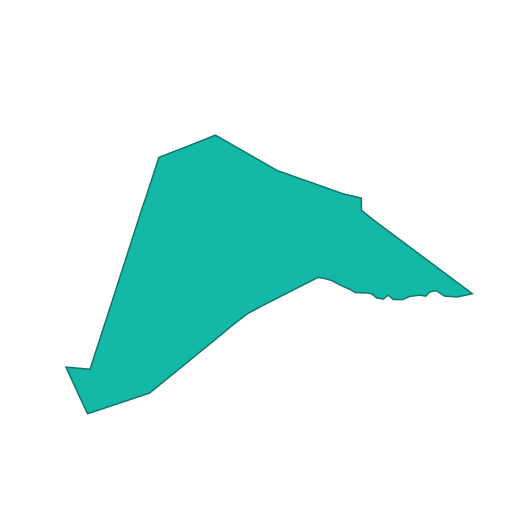 the district of Cachoeirinha, Pernambuco, Brazil, rotated 260°
{"feature_id": "56859067B81048924714612", "entity_name": "Cachoeirinha", "entity_type": "district", "adm_level": 2, "iso_a3": "BRA", "parent_name": "Brazil", "parent_adm1": "Pernambuco", "projection": "orthographic", "projection_center": [-36.305, -8.498], "detail": "fine", "context": "isolated", "style": "filled", "palette": "teal", "viewbox_px": 512, "rotation_deg": 260, "n_neighbors": 0, "source": "geoboundaries", "source_scale": "gbopen_adm2", "svg_char_len": 743}
<svg xmlns="http://www.w3.org/2000/svg" viewBox="0 0 512 512"><g transform="rotate(260 256 256)"><path d="M382.1,236.9L376.3,209.5L370.0,177.5L332.6,157.6L326.6,154.2L315.4,148.2L291.9,135.8L233.3,104.8L173.3,72.9L179.6,49.5L142.8,59.2L129.9,62.8L139.5,127.3L149.5,145.3L185.4,209.5L190.6,218.4L195.1,226.9L200.8,237.9L203.0,244.7L205.8,253.1L224.2,313.4L221.9,319.8L218.4,326.7L212.6,334.0L206.3,343.4L202.8,347.2L201.7,352.5L200.5,358.3L198.8,363.1L193.7,367.7L191.5,374.1L194.5,379.4L189.3,383.6L187.6,392.8L189.5,400.2L189.0,410.2L187.0,416.4L190.4,420.7L190.6,427.5L183.8,434.7L180.7,447.1L181.3,462.5L272.4,376.7L282.7,367.8L294.7,369.8L302.1,352.5L336.5,291.7L382.1,236.9Z" fill="#14b8a6" stroke="#0f766e" stroke-width="1.5"/></g></svg>